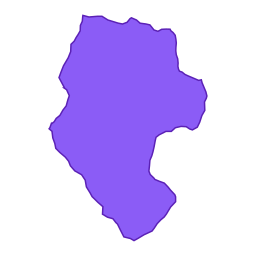 Agdash District, Ağdaş, Azerbaijan
{"feature_id": "54616110B75800990015815", "entity_name": "Agdash District", "entity_type": "district", "adm_level": 2, "iso_a3": "AZE", "parent_name": "Azerbaijan", "parent_adm1": "Ağdaş", "projection": "natural_earth1", "projection_center": [47.449, 40.556], "detail": "fine", "context": "isolated", "style": "filled", "palette": "violet", "viewbox_px": 256, "rotation_deg": 0, "n_neighbors": 0, "source": "geoboundaries", "source_scale": "gbopen_adm2", "svg_char_len": 1763}
<svg xmlns="http://www.w3.org/2000/svg" viewBox="0 0 256 256"><path d="M170.1,29.2L166.1,29.1L161.7,29.3L158.0,31.3L154.0,30.0L149.9,24.9L146.0,24.0L140.1,23.2L136.5,20.0L131.4,17.8L130.0,18.7L127.1,22.3L122.5,24.0L118.0,23.1L113.5,21.7L107.9,20.0L102.0,16.3L97.3,16.3L89.0,17.0L82.9,15.4L82.7,16.6L82.3,21.3L80.4,25.4L80.2,30.8L78.0,34.7L76.2,37.4L74.2,41.2L71.0,44.3L70.7,51.6L68.2,57.8L63.5,65.8L61.0,72.1L59.0,77.6L64.6,88.1L64.3,88.1L66.6,89.7L69.3,95.7L67.9,99.7L66.2,105.9L63.0,110.0L59.9,115.4L56.2,118.4L54.2,121.7L51.4,123.9L51.3,123.7L50.9,124.9L49.9,127.7L49.1,128.8L52.0,131.3L52.8,137.9L54.8,143.4L55.8,148.4L59.9,152.5L65.3,157.1L68.6,161.2L70.4,165.8L74.8,170.9L81.6,174.7L85.2,180.1L86.4,186.9L90.1,192.9L92.1,196.6L98.1,202.5L102.9,206.7L102.5,214.2L107.5,217.2L112.9,218.7L115.9,222.6L117.5,224.1L119.8,228.8L120.9,231.0L123.9,236.9L130.4,238.5L133.5,240.3L134.0,240.6L137.8,238.5L144.1,234.7L147.4,233.2L152.1,231.0L154.2,228.2L157.0,223.9L157.7,223.1L160.6,220.0L164.2,217.0L166.5,213.9L168.3,210.8L170.7,206.9L175.6,201.7L175.6,200.8L175.6,196.8L174.8,194.7L170.4,190.0L168.2,187.2L164.3,183.1L159.1,181.2L154.8,179.4L154.1,178.3L150.2,174.5L148.9,171.1L149.5,165.5L149.9,160.3L151.8,155.8L153.0,151.6L154.1,146.7L155.2,140.8L156.0,137.3L159.2,134.8L165.9,131.4L171.3,131.4L175.4,127.7L181.1,126.4L186.3,126.7L189.7,129.0L192.4,129.9L193.5,129.3L197.3,127.2L199.7,122.2L201.9,115.5L204.8,110.4L204.5,101.9L206.3,98.3L206.9,96.0L205.9,91.9L202.1,82.8L201.3,79.8L198.7,80.4L195.2,78.9L192.4,77.7L187.9,75.8L184.9,74.4L182.1,72.1L179.5,71.2L178.5,69.2L177.9,66.2L178.1,63.1L177.7,58.8L176.3,54.8L175.8,51.0L175.9,47.6L176.3,43.0L175.9,39.3L175.2,35.3L173.1,32.6L170.8,30.7L170.1,29.2Z" fill="#8b5cf6" stroke="#5b21b6" stroke-width="1.5"/></svg>